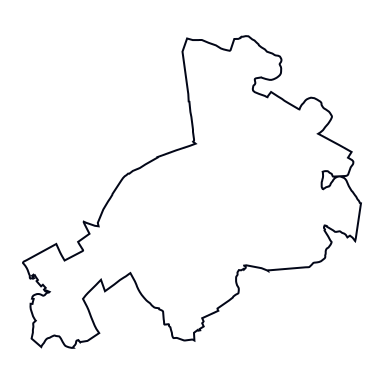 Ipotesti, Suceava, Romania (Albers equal-area conic projection)
{"feature_id": "2599482B72683060143677", "entity_name": "Ipotesti", "entity_type": "district", "adm_level": 2, "iso_a3": "ROU", "parent_name": "Romania", "parent_adm1": "Suceava", "projection": "albers", "projection_center": [26.291, 47.622], "detail": "fine", "context": "isolated", "style": "outline", "palette": "ink", "viewbox_px": 384, "rotation_deg": 0, "n_neighbors": 0, "source": "geoboundaries", "source_scale": "gbopen_adm2", "svg_char_len": 5911}
<svg xmlns="http://www.w3.org/2000/svg" viewBox="0 0 384 384"><path d="M355.8,238.3L361.0,203.3L360.2,203.1L359.8,202.9L359.6,202.2L359.2,201.4L358.5,200.3L358.0,199.9L357.6,199.4L356.1,196.6L355.1,195.4L352.4,191.5L352.0,191.3L351.4,190.5L348.8,186.1L346.4,180.5L345.2,178.9L344.0,177.9L341.0,176.7L339.4,176.4L337.4,176.8L335.7,177.6L334.7,178.3L333.6,179.6L333.0,180.4L332.9,180.8L331.3,182.8L330.8,183.6L330.1,185.4L329.6,185.9L329.1,186.1L328.9,186.5L327.9,186.7L326.0,187.3L324.2,188.6L323.4,188.5L323.2,188.7L323.1,189.1L322.7,189.0L321.9,187.5L321.7,186.6L321.7,182.6L321.8,181.9L322.1,181.1L322.4,179.5L322.9,177.8L323.1,175.9L322.9,172.6L322.7,171.8L323.9,171.4L325.2,171.1L327.7,171.2L328.5,171.7L329.5,172.7L331.7,173.9L332.8,176.4L333.2,176.6L345.3,176.0L346.6,175.8L347.7,175.1L348.2,174.4L350.7,167.4L351.1,166.8L352.9,164.4L353.2,163.7L353.3,162.8L353.4,161.9L353.1,161.2L352.1,160.1L348.0,157.7L351.6,152.0L339.1,145.0L318.2,133.8L320.4,132.4L323.0,130.2L325.3,127.0L328.2,123.7L329.6,121.6L330.8,119.7L331.6,118.0L332.0,116.9L331.8,115.9L330.1,113.1L329.0,111.7L325.6,109.3L324.3,108.6L323.2,107.6L322.1,105.9L321.6,104.9L321.5,104.2L321.5,103.3L321.3,102.8L320.8,102.1L320.3,101.6L317.3,99.7L314.4,98.2L311.0,97.7L308.8,98.4L306.7,99.4L305.4,100.5L303.4,103.2L302.3,104.2L301.5,105.2L300.3,107.3L299.5,109.4L298.8,109.2L288.7,103.3L284.5,100.8L282.0,98.9L278.2,96.6L271.1,92.0L267.9,96.2L267.5,97.2L266.6,96.9L264.8,95.9L259.0,93.9L254.7,92.1L253.1,90.6L252.8,89.0L253.3,86.1L253.7,85.4L254.8,84.5L255.3,83.4L255.3,82.5L254.8,79.8L254.9,79.1L255.1,78.8L255.8,78.4L256.6,78.2L261.4,77.4L262.0,77.8L265.8,79.0L269.7,79.9L271.4,79.9L273.5,79.3L275.7,78.3L277.2,77.4L278.5,76.4L279.8,75.2L280.5,74.1L280.9,73.2L281.1,71.6L281.2,68.6L281.0,67.2L279.7,64.5L279.7,64.0L280.3,63.0L281.0,62.0L281.3,61.2L281.5,60.0L281.2,58.7L280.0,56.6L278.4,55.8L275.6,55.4L274.6,55.0L272.5,53.6L267.0,51.7L264.9,49.4L261.4,47.3L258.9,45.3L258.6,44.4L256.4,42.4L254.5,40.5L252.3,39.4L248.5,36.3L245.8,36.1L242.7,36.8L241.6,36.7L241.4,36.8L240.5,37.5L240.7,37.8L240.6,38.0L238.3,38.9L234.3,39.0L230.6,50.1L229.8,50.8L227.3,50.3L223.6,49.4L221.0,48.5L216.0,45.4L208.6,42.8L201.9,40.0L192.9,40.1L187.1,38.5L182.5,51.7L188.3,94.0L188.7,101.5L189.4,101.7L190.4,111.9L191.4,117.0L192.8,128.0L193.0,129.7L193.0,131.9L194.0,139.1L194.1,140.3L194.0,140.7L193.1,141.7L195.6,143.7L189.7,145.9L176.3,150.3L157.5,157.1L157.7,157.5L145.5,164.4L139.9,168.0L132.9,170.9L129.3,173.7L128.2,173.6L126.4,175.2L124.7,176.3L123.0,178.1L121.2,180.7L112.5,194.0L112.3,194.9L110.1,198.5L108.2,201.3L103.3,209.5L97.8,222.9L98.6,226.3L94.9,225.8L86.5,222.9L83.8,221.7L83.7,222.1L84.5,224.0L87.9,230.7L89.5,233.8L78.1,241.9L79.1,243.8L83.0,250.0L83.1,250.6L82.6,251.1L64.6,260.5L61.7,255.5L60.1,252.4L56.3,244.0L26.6,260.2L23.8,261.6L23.1,262.4L23.0,263.0L25.3,265.8L26.8,268.2L27.7,270.1L29.1,274.1L29.8,275.6L29.8,277.1L29.9,278.0L30.4,278.6L31.1,278.3L31.9,278.4L33.0,278.7L34.0,278.2L32.1,275.8L33.5,274.7L34.3,275.7L34.9,275.3L35.8,276.9L37.9,280.0L36.6,281.1L37.3,282.0L41.1,286.3L42.9,284.8L45.7,287.9L44.0,289.6L44.9,290.9L45.5,291.4L46.0,291.4L46.4,291.1L46.5,290.6L49.6,291.9L49.1,292.4L48.6,292.6L47.7,292.6L46.9,293.0L45.5,294.2L44.9,295.0L43.6,295.7L43.1,295.7L40.7,294.5L39.4,294.1L38.1,294.0L36.8,294.1L34.7,294.9L33.4,295.6L32.5,296.7L32.2,298.1L32.0,298.7L33.7,299.0L32.9,301.8L32.5,303.9L30.6,303.8L30.5,306.9L30.8,309.3L33.1,316.4L35.2,320.1L35.8,320.7L33.4,323.0L33.2,323.6L33.4,326.8L32.9,329.9L32.9,332.6L31.6,338.6L41.3,347.0L41.8,345.7L42.9,344.2L44.0,342.9L45.1,340.9L46.0,339.6L47.0,338.7L48.2,338.1L49.6,337.8L51.5,336.7L53.7,335.7L54.7,335.5L56.0,336.0L59.2,336.4L59.9,337.1L61.0,338.7L62.6,341.8L64.3,344.6L65.4,345.9L66.9,346.6L68.9,347.3L71.7,347.9L73.5,347.8L73.3,347.6L73.2,347.1L73.7,346.4L74.9,345.2L75.6,344.1L75.9,343.4L76.2,341.5L76.4,341.0L76.9,340.5L77.9,340.2L78.1,340.5L78.3,340.6L78.6,340.3L80.3,342.4L80.7,342.0L87.5,340.9L99.2,333.1L96.4,329.0L94.7,325.7L91.2,317.2L88.5,309.9L87.1,306.8L83.0,298.9L85.7,295.4L87.9,293.0L95.9,285.1L101.0,279.8L105.0,291.2L114.3,284.5L120.0,280.0L123.9,277.5L125.8,276.4L129.2,273.9L130.4,273.1L135.0,281.5L136.4,284.7L137.1,286.7L138.4,289.5L139.8,292.0L141.7,294.9L144.0,297.7L146.4,300.4L147.8,301.6L150.1,303.3L151.8,305.4L154.1,307.3L155.3,307.8L157.9,308.1L159.1,308.4L159.2,309.3L161.3,310.2L162.6,310.9L163.1,311.7L163.7,319.2L164.0,321.2L164.2,324.1L164.4,324.4L164.7,324.6L168.5,324.2L168.9,324.4L169.0,324.7L169.0,325.8L169.4,326.4L170.4,327.3L171.0,329.9L171.9,332.8L172.1,334.8L172.3,335.8L172.7,336.9L173.2,337.8L173.7,338.1L176.6,337.9L177.5,338.1L183.9,340.4L184.9,340.5L191.8,339.6L192.7,339.6L194.4,340.5L194.0,332.8L197.7,330.0L198.2,330.7L200.2,330.3L199.7,329.0L203.7,326.5L202.2,323.2L203.0,322.4L203.6,321.4L202.2,318.2L218.3,310.8L217.8,309.8L217.5,308.5L229.2,300.4L232.9,297.5L233.3,296.6L235.6,294.8L238.1,293.5L238.5,293.0L238.8,290.5L238.8,288.9L238.7,288.1L238.2,287.1L237.1,285.3L236.4,283.0L236.1,281.4L236.1,277.8L236.3,276.6L237.4,275.1L237.6,274.6L237.5,273.3L237.5,272.4L238.9,270.1L241.2,270.3L243.5,269.0L243.9,269.7L245.7,267.9L245.8,267.1L245.4,266.5L244.7,266.0L244.3,265.9L244.2,265.6L246.3,265.3L261.6,268.2L267.1,270.4L268.1,271.0L267.9,270.3L270.6,270.2L305.6,267.3L308.5,267.2L309.4,267.0L311.6,264.9L313.2,263.1L314.0,262.7L317.0,262.4L319.1,262.0L321.1,261.2L324.5,258.5L325.1,257.7L325.3,256.8L325.2,255.2L325.5,254.6L325.7,253.3L325.7,251.4L325.9,250.3L326.3,249.3L326.9,248.5L328.5,247.5L329.7,245.9L330.7,244.5L331.5,242.7L331.6,242.0L330.4,240.5L328.2,236.4L324.5,230.5L325.0,229.5L324.0,228.0L324.0,227.1L324.6,225.5L325.7,225.6L326.8,226.1L326.6,226.5L333.2,230.4L335.0,231.8L336.2,231.9L339.4,231.3L340.3,231.5L342.0,232.8L344.4,233.7L345.8,234.8L347.4,237.4L349.9,235.7L350.1,235.7L350.9,236.4L352.5,237.6L353.8,239.2L354.9,240.8L355.2,241.1L355.8,238.3Z" fill="none" stroke="#020617" stroke-width="2"/></svg>